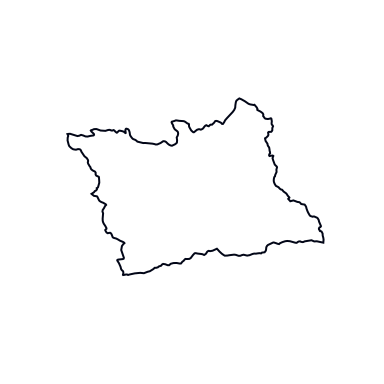 Yen Chau, Son La, Vietnam, rotated 133°
{"feature_id": "81297802B99176770386813", "entity_name": "Yen Chau", "entity_type": "district", "adm_level": 2, "iso_a3": "VNM", "parent_name": "Vietnam", "parent_adm1": "Son La", "projection": "equal_earth", "projection_center": [104.318, 20.992], "detail": "fine", "context": "isolated", "style": "outline", "palette": "ink", "viewbox_px": 384, "rotation_deg": 133, "n_neighbors": 0, "source": "geoboundaries", "source_scale": "gbopen_adm2", "svg_char_len": 6054}
<svg xmlns="http://www.w3.org/2000/svg" viewBox="0 0 384 384"><g transform="rotate(133 192 192)"><path d="M139.5,61.4L137.1,63.3L135.9,64.8L134.8,66.6L133.3,68.2L132.6,70.2L132.8,71.2L133.1,71.4L133.3,71.7L133.3,71.9L132.9,72.6L132.8,72.9L132.8,73.5L132.6,73.8L132.0,74.4L130.9,74.6L130.2,74.2L129.8,74.2L129.0,74.4L127.0,78.9L126.1,80.2L125.5,82.1L125.6,83.3L126.1,84.5L126.5,85.8L127.2,86.6L127.8,86.9L128.8,89.0L128.8,89.9L128.7,90.3L127.9,92.9L127.3,94.4L126.0,97.0L125.1,98.3L124.6,99.8L124.4,101.1L124.7,101.5L126.3,103.9L126.1,105.9L126.3,106.6L127.4,108.2L128.2,110.2L129.0,112.1L131.7,113.8L131.4,116.9L129.7,116.9L129.6,117.1L129.4,119.5L128.9,121.3L128.8,122.3L129.2,125.4L128.9,127.6L129.5,128.7L129.7,130.1L129.5,132.0L130.0,133.8L130.3,134.9L129.6,137.3L128.7,139.1L127.7,140.2L126.4,141.2L125.0,142.0L123.9,142.0L123.1,142.6L122.1,143.0L119.7,143.8L118.1,145.5L115.9,146.7L115.6,147.3L115.5,150.2L113.4,154.4L112.3,156.2L110.2,157.1L110.2,157.5L110.5,158.1L112.8,159.8L112.8,160.2L112.7,160.5L112.2,160.9L111.7,161.2L110.4,161.3L109.4,162.5L108.9,163.4L107.9,164.5L106.8,166.0L106.5,167.7L106.0,168.8L105.2,169.8L104.5,172.9L103.2,174.9L102.9,175.2L101.7,174.8L99.2,174.7L98.1,175.1L96.6,176.9L95.8,176.9L93.9,175.1L93.2,175.1L92.2,175.3L90.4,176.9L88.6,177.6L88.3,178.6L88.3,179.3L88.1,179.9L87.5,180.6L85.8,181.9L84.3,183.9L84.3,184.2L84.3,184.6L85.7,185.4L86.9,186.3L88.3,188.3L88.4,188.8L88.4,189.4L88.1,190.5L88.0,191.6L87.7,191.9L86.6,192.8L86.2,194.0L86.3,195.6L86.5,196.9L87.4,200.0L87.4,200.3L87.2,200.5L86.6,200.8L86.0,202.3L85.6,205.8L86.3,206.2L87.2,207.6L88.2,209.1L88.8,210.4L89.0,211.2L89.6,215.4L90.1,217.4L90.5,219.1L91.3,221.2L93.2,221.6L94.9,221.8L96.4,221.2L98.9,219.5L100.9,217.9L103.2,217.1L105.7,216.8L114.2,216.8L116.9,216.7L119.0,216.1L121.1,215.8L121.7,216.4L121.6,217.8L121.7,218.5L122.7,221.4L123.0,222.1L123.5,222.8L124.0,223.2L124.5,223.4L126.1,223.1L129.1,223.3L129.9,224.2L130.5,224.5L132.5,224.6L133.1,225.8L133.2,226.5L133.4,227.1L134.5,227.5L135.9,227.5L137.4,227.3L138.5,227.3L139.9,227.8L140.5,228.2L140.9,229.2L141.8,230.1L143.2,230.8L146.9,231.3L147.4,231.8L147.5,232.5L147.5,234.6L146.4,238.2L145.8,239.2L144.7,240.2L144.4,240.9L144.7,241.3L145.0,242.2L145.3,244.9L145.7,246.1L146.0,246.6L148.6,249.8L150.1,252.0L150.7,252.7L152.0,253.3L154.4,254.7L155.1,254.3L155.6,253.0L156.1,251.2L156.8,250.5L157.2,249.6L157.9,247.4L157.6,244.0L157.7,243.4L158.2,242.6L158.9,241.8L160.5,240.9L162.5,240.4L164.3,238.2L166.2,236.7L167.2,236.7L168.8,237.0L171.8,238.2L172.4,239.1L173.0,240.6L173.2,242.7L173.1,245.1L173.4,246.3L173.8,246.9L174.5,247.7L177.6,248.4L180.8,249.8L181.9,250.8L182.7,252.4L183.7,254.0L188.1,259.7L189.5,261.1L192.4,266.3L192.4,267.9L192.6,269.1L193.4,271.1L193.5,271.8L193.4,273.0L193.0,275.0L192.6,276.2L190.9,278.3L190.3,279.3L189.8,280.4L189.7,281.0L189.7,281.6L190.3,283.0L190.8,283.4L191.5,283.3L192.3,282.8L194.0,280.8L194.3,280.9L194.4,281.8L194.4,283.0L195.2,284.7L196.3,286.5L196.7,287.0L197.1,287.2L199.6,287.3L199.9,287.4L200.0,287.7L200.1,288.6L200.1,289.5L200.0,290.9L200.3,291.7L201.3,292.1L201.8,292.7L202.1,293.0L202.3,293.8L202.7,294.6L203.2,295.1L204.1,295.8L206.3,297.0L209.4,300.8L211.1,304.8L212.8,306.5L214.9,307.4L215.5,307.9L216.1,307.9L216.4,306.8L216.4,303.6L216.6,303.1L217.0,302.6L217.8,302.6L220.4,304.7L222.7,306.2L224.0,307.8L224.9,310.2L225.9,312.1L226.8,312.5L227.5,312.7L229.2,313.9L232.6,320.9L234.0,322.2L234.6,322.6L235.2,321.0L235.7,320.6L237.0,320.0L239.2,318.1L241.5,314.5L242.1,313.2L242.2,312.5L242.2,310.2L241.9,308.4L241.4,307.4L240.2,305.7L238.5,304.7L238.0,304.2L237.3,303.2L237.2,302.6L237.2,302.1L237.6,301.0L237.9,300.6L239.2,295.1L239.0,292.0L239.5,290.1L239.9,289.4L240.3,289.0L241.3,288.5L242.1,287.3L242.5,285.9L243.0,284.3L243.0,283.7L243.2,283.1L243.9,282.0L244.1,281.0L244.0,279.6L243.8,278.6L243.3,277.2L243.3,276.7L243.4,276.2L243.6,275.6L243.9,275.3L244.5,274.9L245.0,274.3L245.3,273.2L244.9,271.8L244.5,270.7L244.6,270.2L247.1,267.5L248.5,266.1L252.6,264.0L253.6,264.0L253.8,264.2L254.2,264.3L254.8,263.4L255.7,263.2L256.3,263.2L257.7,263.7L259.0,263.5L261.9,264.2L261.9,263.8L261.7,261.1L260.0,258.6L260.1,257.8L261.4,254.5L261.6,253.4L261.2,251.5L260.4,249.5L259.8,246.6L260.0,246.0L261.6,246.0L263.7,245.4L266.1,245.0L267.4,244.1L268.2,242.5L272.4,239.2L274.0,237.6L274.8,236.3L275.4,234.8L275.9,232.5L276.7,230.1L277.2,229.5L278.8,229.6L279.1,229.4L279.6,228.1L279.9,226.8L279.8,226.3L279.6,225.5L278.8,225.0L277.7,224.1L277.5,223.2L277.8,221.9L279.1,219.3L279.1,218.4L278.8,217.7L277.7,215.6L277.2,213.8L276.7,211.4L275.6,208.5L275.3,206.9L275.5,206.5L276.9,206.7L279.3,206.4L282.7,204.2L286.6,196.9L287.5,196.5L288.3,196.9L291.9,200.0L292.8,200.2L293.1,199.9L293.9,196.8L294.3,195.9L295.4,193.3L296.7,191.3L297.0,190.1L297.0,188.3L297.4,187.7L298.2,186.8L299.3,186.3L299.7,186.0L299.7,185.7L298.8,185.0L297.3,184.0L296.5,183.0L296.3,182.2L294.9,181.4L290.6,178.4L286.4,174.7L284.2,171.8L280.7,170.1L278.7,168.8L274.7,167.7L272.9,167.6L272.0,166.6L270.4,165.6L269.1,165.5L266.9,164.3L265.7,164.5L264.3,164.1L263.1,162.3L262.1,159.8L261.1,158.8L259.0,158.6L256.6,157.1L254.3,154.7L252.8,152.3L251.8,151.3L249.5,151.5L248.1,151.2L246.7,151.3L245.5,151.2L244.1,149.6L242.7,148.3L241.2,147.9L237.3,148.3L235.1,148.3L234.2,147.6L233.2,145.9L231.0,142.9L230.3,141.8L229.8,140.2L229.3,140.0L227.6,139.7L225.6,140.1L224.7,140.1L223.6,139.6L222.9,138.4L220.9,136.9L216.5,135.1L216.6,133.4L216.8,131.4L216.8,128.2L216.5,125.9L216.2,124.6L214.5,122.9L212.3,121.2L209.1,118.5L208.1,117.1L206.9,114.4L205.7,113.2L204.0,112.4L202.7,111.5L200.9,108.3L198.9,106.8L196.1,105.5L194.6,104.5L193.5,103.2L191.7,101.8L190.5,100.7L190.0,99.9L189.8,99.6L188.6,99.5L186.6,97.8L184.6,98.0L183.7,98.5L181.7,100.0L180.1,100.4L178.9,100.3L173.6,98.2L173.1,97.7L172.1,95.6L171.5,94.1L170.7,92.8L169.4,92.7L167.0,91.7L164.5,90.3L162.9,89.0L161.2,86.8L158.6,81.8L157.8,80.8L156.2,80.5L155.1,80.0L154.3,79.1L154.1,78.3L153.4,77.2L152.7,76.5L151.2,75.9L145.8,71.7L144.8,68.9L142.9,67.1L139.5,61.4Z" fill="none" stroke="#020617" stroke-width="2"/></g></svg>